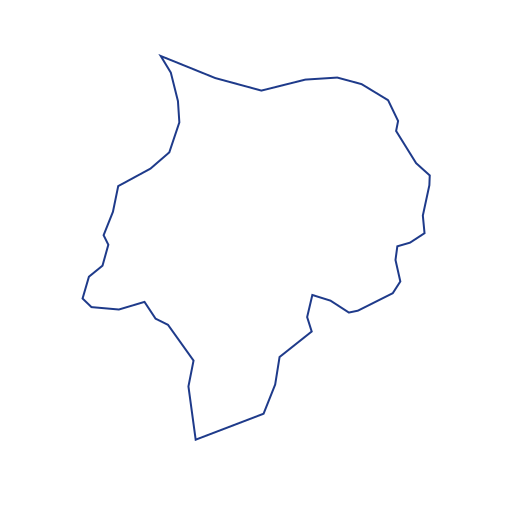 Aguié, Maradi, Niger (Mercator projection), rotated 14°
{"feature_id": "23599985B59469969297601", "entity_name": "Aguié", "entity_type": "district", "adm_level": 2, "iso_a3": "NER", "parent_name": "Niger", "parent_adm1": "Maradi", "projection": "mercator", "projection_center": [7.641, 13.496], "detail": "fine", "context": "isolated", "style": "outline", "palette": "blue", "viewbox_px": 512, "rotation_deg": 14, "n_neighbors": 0, "source": "geoboundaries", "source_scale": "gbopen_adm2", "svg_char_len": 742}
<svg xmlns="http://www.w3.org/2000/svg" viewBox="0 0 512 512"><g transform="rotate(14 256 256)"><path d="M105.4,221.5L106.5,247.7L103.1,272.7L110.0,280.8L109.4,302.5L98.9,316.5L98.0,339.2L108.7,345.4L135.9,341.1L158.9,327.5L173.7,341.1L187.3,344.1L220.7,372.6L222.0,398.9L241.9,448.8L301.5,407.2L305.7,376.1L303.3,348.3L328.3,315.8L320.4,302.9L320.1,280.2L339.1,281.3L359.8,288.4L368.1,284.4L397.7,259.0L402.2,245.8L392.3,226.1L390.8,212.4L402.2,205.8L414.0,193.1L408.1,176.4L407.1,145.4L405.1,135.8L388.9,127.2L361.7,100.8L361.2,90.6L346.5,72.9L316.9,63.7L291.7,63.2L261.2,72.9L221.2,94.2L173.4,93.2L115.2,85.0L129.0,98.7L142.8,124.6L149.3,144.9L146.8,176.4L132.5,196.7L105.4,221.5Z" fill="none" stroke="#1e3a8a" stroke-width="2"/></g></svg>